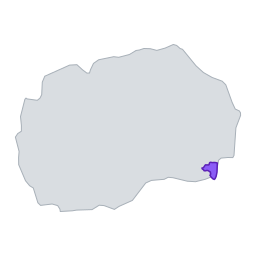 where Dojran sits in North Macedonia
{"feature_id": "MKD-3000", "entity_name": "Dojran", "entity_type": "Statistical Region", "adm_level": 1, "iso_a3": "MKD", "parent_name": "North Macedonia", "parent_adm1": "", "projection": "natural_earth1", "projection_center": [22.654, 41.217], "detail": "fine", "context": "in_parent", "style": "filled", "palette": "violet", "viewbox_px": 256, "rotation_deg": 0, "n_neighbors": 0, "source": "natural_earth", "source_scale": "10m", "svg_char_len": 1754}
<svg xmlns="http://www.w3.org/2000/svg" viewBox="0 0 256 256"><path d="M113.8,56.7L118.7,57.3L129.4,54.5L136.0,50.5L139.4,50.0L143.9,48.5L150.3,48.7L156.8,50.4L165.1,48.1L173.3,44.5L176.6,45.4L180.1,48.5L182.5,49.3L196.0,65.8L203.4,72.5L212.2,77.5L222.2,81.2L225.8,84.8L232.1,102.3L235.2,109.0L239.4,111.0L240.5,112.9L240.6,115.4L235.9,127.8L234.0,155.4L232.8,157.6L227.8,157.5L221.1,158.1L218.6,160.2L215.9,175.1L205.2,179.3L195.5,181.7L187.3,181.2L172.9,177.7L168.2,177.3L164.2,179.3L151.4,180.4L145.7,183.0L132.4,200.4L119.0,206.4L114.4,209.4L104.1,205.6L99.2,205.2L92.1,209.6L76.5,210.1L72.3,210.8L60.3,211.5L59.9,209.1L57.7,205.6L52.1,204.0L40.6,205.4L37.9,202.8L33.3,188.0L29.6,185.7L25.5,180.7L18.7,164.7L18.6,157.6L19.1,151.5L15.4,137.1L17.8,133.5L21.4,131.2L21.4,125.4L20.5,116.6L24.9,99.3L26.0,98.1L27.1,98.9L37.3,100.3L40.0,98.1L41.7,94.7L42.3,82.1L44.8,76.2L69.6,65.1L76.9,64.7L82.5,69.8L86.9,73.1L89.5,73.0L90.5,69.7L93.5,63.4L98.6,59.8L113.7,56.7L113.8,56.7Z" fill="#d9dde1" stroke="#a8b0b8" stroke-width="1"/><path d="M217.4,163.1L217.3,163.4L217.0,172.2L216.1,176.5L215.1,178.7L214.2,179.4L213.0,178.9L211.5,177.5L210.8,176.6L210.4,175.8L210.0,175.3L210.5,174.4L210.4,174.4L210.5,173.8L210.5,172.9L210.4,172.0L210.2,171.8L209.8,171.8L209.0,171.2L208.3,170.7L207.6,170.5L207.0,170.5L206.4,170.5L206.1,170.6L205.7,170.8L205.3,170.8L204.6,170.8L204.1,170.7L203.6,169.9L203.2,169.5L202.6,169.2L202.1,168.7L202.0,168.1L202.8,167.9L203.6,167.4L204.3,166.4L205.0,165.4L205.4,164.9L207.2,164.9L208.6,164.9L209.1,164.6L209.3,164.0L209.3,163.4L209.8,162.6L210.4,162.3L211.3,162.4L212.4,162.6L212.8,162.6L213.5,162.5L214.1,162.5L214.9,162.5L215.6,162.6L216.2,162.7L217.3,163.0L217.4,163.1Z" fill="#8b5cf6" stroke="#5b21b6" stroke-width="1.5"/></svg>